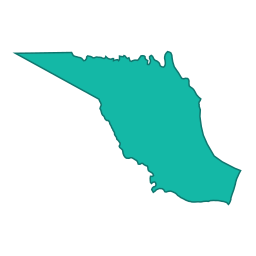 outline of Salvaterra, Pará, Brazil
{"feature_id": "56859067B73547527408791", "entity_name": "Salvaterra", "entity_type": "district", "adm_level": 2, "iso_a3": "BRA", "parent_name": "Brazil", "parent_adm1": "Pará", "projection": "robinson", "projection_center": [-48.631, -0.813], "detail": "fine", "context": "isolated", "style": "filled", "palette": "teal", "viewbox_px": 256, "rotation_deg": 0, "n_neighbors": 0, "source": "geoboundaries", "source_scale": "gbopen_adm2", "svg_char_len": 3154}
<svg xmlns="http://www.w3.org/2000/svg" viewBox="0 0 256 256"><path d="M228.4,204.4L229.3,203.3L230.2,201.4L230.8,199.6L230.9,198.0L232.0,194.5L233.7,189.8L235.4,183.8L235.6,182.4L236.7,178.7L237.4,177.2L238.0,175.9L239.1,173.4L240.6,170.6L234.8,168.3L222.2,161.8L214.1,156.0L207.2,144.1L203.3,135.2L201.3,126.7L201.0,124.6L199.9,116.4L200.3,109.8L199.7,108.0L199.1,106.1L199.2,104.8L198.8,103.4L199.2,101.9L200.1,100.6L200.8,98.9L198.7,97.2L196.5,94.7L194.7,91.3L193.5,89.4L192.2,88.2L190.4,87.0L189.2,85.9L188.9,83.1L189.0,81.0L188.5,79.4L187.6,78.5L185.4,78.3L183.7,78.8L181.8,78.4L180.5,76.4L178.5,72.9L176.7,70.4L174.2,66.7L172.7,61.8L172.1,58.0L171.8,55.2L170.8,52.9L169.6,52.2L167.6,51.6L166.2,53.1L165.2,54.7L164.7,56.8L164.6,58.2L165.1,60.6L165.3,62.5L165.3,64.0L164.9,65.7L163.6,67.2L162.1,66.9L160.4,66.1L159.8,64.7L159.4,63.3L158.3,62.1L157.0,61.1L155.1,60.3L154.0,59.3L152.5,56.3L151.2,55.4L149.6,56.6L149.6,58.7L150.4,59.8L150.4,61.8L149.8,63.4L148.9,64.6L147.5,64.4L147.4,62.8L147.7,60.6L146.2,59.8L145.1,58.4L145.0,56.6L144.0,55.9L142.5,55.7L141.0,55.9L138.5,59.5L137.4,60.4L136.0,60.1L134.4,60.2L132.7,60.7L131.4,61.4L129.9,60.8L129.4,59.1L128.9,57.8L127.6,58.5L126.3,57.7L125.1,56.1L124.0,55.6L123.3,56.7L121.2,56.5L119.5,56.1L119.5,57.9L119.4,59.7L118.5,60.7L117.7,59.7L116.5,59.8L115.1,60.1L113.5,60.7L113.5,58.6L112.3,58.6L111.2,59.3L109.5,59.0L107.9,58.4L106.8,57.5L105.8,56.5L105.3,57.8L104.1,58.5L102.5,58.2L101.3,57.5L99.5,57.3L98.3,57.3L96.7,57.0L95.5,57.3L94.1,57.9L92.9,57.8L91.8,57.0L90.6,56.5L88.9,56.2L87.7,55.9L86.7,56.9L86.5,58.6L85.2,60.4L83.7,60.7L81.6,58.3L80.1,57.6L78.3,57.3L76.8,56.8L75.3,56.5L73.4,55.7L72.5,54.2L71.6,52.5L31.7,53.1L15.4,53.3L18.7,55.1L99.0,99.2L99.4,100.5L100.2,102.0L100.8,103.2L101.3,105.0L100.5,106.8L100.0,108.7L100.8,110.0L101.8,113.7L102.6,115.1L103.7,116.0L104.4,117.1L104.9,118.6L105.7,119.7L106.9,120.5L108.2,120.5L109.5,122.0L109.7,123.3L110.2,124.5L111.0,125.7L111.8,127.8L112.7,129.1L113.1,130.4L113.9,131.5L114.5,132.7L114.6,134.6L115.5,136.0L116.4,137.2L116.9,139.3L118.2,140.4L120.1,143.1L120.0,144.8L119.2,146.1L119.7,147.4L122.4,149.8L122.8,151.3L123.1,153.4L123.9,155.5L125.0,157.1L126.3,158.1L128.9,158.3L130.6,157.7L132.1,157.8L133.9,158.9L135.3,159.8L136.7,160.6L137.6,162.0L138.3,164.1L140.0,164.2L141.3,163.4L142.7,163.4L144.0,164.6L145.6,165.5L147.4,166.1L147.9,167.6L148.0,169.1L148.5,170.7L149.8,171.6L151.8,172.7L153.1,174.1L153.5,175.6L152.3,176.4L150.5,176.3L150.2,178.2L150.3,180.3L150.5,182.4L151.5,183.5L152.8,182.3L154.6,181.9L155.5,182.7L156.0,184.1L155.8,185.7L154.7,186.7L153.5,186.9L152.3,188.1L151.7,189.6L153.3,192.3L155.3,190.9L156.4,189.7L159.3,188.5L162.3,188.7L163.9,190.0L164.8,191.7L166.1,192.0L167.6,191.5L169.1,191.2L170.7,191.1L172.5,191.7L175.4,193.1L176.7,194.2L177.7,195.4L179.2,196.3L180.7,197.5L182.0,198.1L183.6,198.9L186.0,200.2L188.9,201.3L190.5,201.5L191.7,201.9L193.3,202.0L194.7,202.0L197.3,201.8L198.8,201.8L200.2,201.9L201.7,201.8L203.5,201.4L206.6,201.2L208.4,201.4L210.3,200.6L213.8,200.4L215.3,200.5L216.9,200.5L218.8,200.6L222.1,201.3L223.4,201.4L226.7,202.5L228.4,204.4Z" fill="#14b8a6" stroke="#0f766e" stroke-width="1.5"/></svg>